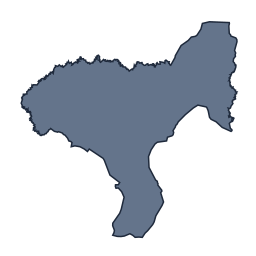 Phang Khon, Sakon Nakhon, Thailand, rotated 2°
{"feature_id": "78962969B14140185659984", "entity_name": "Phang Khon", "entity_type": "district", "adm_level": 2, "iso_a3": "THA", "parent_name": "Thailand", "parent_adm1": "Sakon Nakhon", "projection": "albers", "projection_center": [103.735, 17.372], "detail": "fine", "context": "isolated", "style": "filled", "palette": "slate", "viewbox_px": 256, "rotation_deg": 2, "n_neighbors": 0, "source": "geoboundaries", "source_scale": "gbopen_adm2", "svg_char_len": 5636}
<svg xmlns="http://www.w3.org/2000/svg" viewBox="0 0 256 256"><g transform="rotate(2 128 128)"><path d="M233.9,38.0L233.7,35.9L232.6,34.2L227.6,32.5L227.3,31.4L225.9,29.9L225.2,22.4L225.7,20.1L225.5,19.1L205.7,19.0L198.7,20.9L197.4,26.7L193.8,32.7L192.2,34.0L188.1,34.9L185.2,38.4L178.2,43.7L172.8,54.0L172.5,56.0L168.5,63.8L167.6,63.3L167.2,62.3L166.5,61.9L166.9,60.4L165.8,60.5L163.6,58.8L162.7,59.4L162.5,62.0L161.1,61.2L157.6,60.7L158.0,63.0L156.6,63.2L155.6,62.8L154.8,61.7L154.0,62.8L154.3,63.8L153.6,64.3L152.9,66.1L152.3,65.9L152.7,64.7L151.4,64.6L151.9,63.5L151.2,62.9L150.6,63.0L150.9,63.7L149.8,64.3L148.9,63.7L146.1,64.7L145.6,63.1L144.2,63.6L143.2,64.7L142.0,64.8L139.3,62.8L140.2,61.9L137.1,62.8L136.6,61.7L135.4,61.5L134.7,61.8L134.9,62.6L134.2,63.0L134.4,63.9L133.3,64.9L133.6,66.2L132.8,66.5L132.1,65.1L131.8,67.9L130.9,68.4L130.6,69.6L129.6,69.1L127.2,71.1L126.1,69.4L125.5,69.5L124.9,68.7L124.6,69.2L123.9,68.4L123.4,67.2L120.7,67.0L120.8,66.0L120.1,65.1L119.7,65.2L119.7,66.1L118.7,66.3L119.1,65.5L118.1,65.6L117.7,65.1L118.5,63.8L118.1,62.9L117.7,62.8L116.7,63.6L116.6,61.7L115.6,61.6L116.1,60.9L115.2,60.0L114.0,60.0L113.5,60.6L112.5,59.8L110.9,61.0L110.5,62.2L109.6,61.8L108.6,62.5L108.1,61.3L107.1,61.3L106.7,62.3L105.4,61.1L104.7,61.2L104.7,62.1L103.7,62.1L102.6,61.7L102.8,60.7L101.6,61.0L101.2,60.4L98.3,63.3L97.5,62.6L97.4,61.6L96.5,61.2L97.6,60.9L96.7,58.8L97.2,58.0L96.0,56.3L94.6,56.8L94.8,57.5L94.1,58.0L94.6,58.5L94.6,59.9L94.1,60.0L94.4,59.5L93.5,59.0L93.9,60.2L92.2,60.4L92.1,61.0L92.7,60.9L92.6,62.0L92.1,61.9L91.0,63.7L90.4,63.6L90.6,64.2L88.1,64.6L88.0,65.2L87.4,65.3L86.7,63.9L85.4,64.6L84.9,63.7L83.6,63.3L83.3,61.7L81.8,61.7L81.0,60.3L78.8,60.7L78.7,58.9L77.8,58.6L77.5,59.3L78.2,60.9L77.1,60.6L74.8,61.6L75.0,62.6L75.5,61.7L76.0,61.6L76.0,62.4L76.8,62.8L76.3,62.9L75.4,64.8L73.5,63.8L73.2,64.4L72.1,64.4L70.6,66.5L69.7,67.0L70.1,65.8L69.1,65.0L69.0,64.3L67.1,65.4L66.2,63.5L66.0,64.4L64.9,64.4L64.8,65.3L63.8,66.0L65.1,66.6L64.4,66.5L61.1,69.6L60.4,69.1L60.7,68.5L60.2,67.9L59.0,68.9L57.1,67.3L55.7,68.9L53.3,68.2L53.4,69.8L52.6,70.1L51.7,72.2L51.7,73.5L51.1,74.0L52.2,74.3L51.2,74.5L51.3,76.0L50.3,75.1L48.7,75.0L48.9,75.8L48.1,76.0L48.3,76.8L47.3,76.6L46.7,78.3L45.9,78.9L45.3,78.6L45.6,79.3L44.7,79.3L44.6,78.5L44.0,78.8L43.8,79.7L44.2,80.6L42.8,80.3L43.4,82.2L42.4,82.5L42.1,81.5L40.4,81.6L39.6,82.1L39.3,82.8L39.6,83.6L38.9,84.1L38.5,83.3L38.0,83.9L37.4,83.6L36.8,84.5L37.5,84.7L37.4,85.5L35.6,88.1L32.0,88.1L31.4,88.9L30.6,88.3L30.4,90.1L30.8,90.8L28.9,91.4L29.5,92.7L28.3,93.4L27.4,93.0L26.6,94.6L25.6,95.3L25.8,97.5L24.1,97.7L23.6,98.6L22.9,97.8L22.2,97.9L22.2,99.4L20.8,101.2L21.4,101.8L20.9,102.5L21.5,103.1L20.4,106.9L21.4,108.9L21.4,110.9L23.0,112.0L23.2,111.4L22.5,110.3L23.9,110.7L23.7,111.5L25.1,113.4L25.9,112.6L26.5,113.7L27.3,112.5L27.4,114.6L26.3,114.8L26.2,115.4L27.5,115.8L28.0,114.6L29.1,116.0L29.3,115.1L29.8,115.0L30.2,116.0L29.3,116.3L30.1,117.0L29.9,118.4L30.9,118.6L31.2,119.9L30.4,120.5L30.7,121.4L30.0,121.2L29.4,122.2L30.2,122.5L29.8,123.7L31.4,123.6L31.0,124.2L31.3,125.0L32.0,125.2L31.9,125.8L32.7,126.4L33.1,126.2L33.4,127.1L34.7,128.0L33.7,128.9L35.0,129.8L35.0,131.3L34.3,131.4L34.3,130.8L33.6,131.0L33.5,133.1L34.0,132.8L34.7,134.1L35.5,133.6L35.3,134.3L36.0,134.2L36.7,135.0L37.1,134.6L37.6,134.9L37.6,134.4L38.8,134.4L38.8,135.6L38.0,136.6L38.6,137.0L39.7,136.5L40.5,138.4L41.7,138.5L42.3,138.2L42.4,137.6L44.3,137.8L45.5,136.5L46.4,136.5L47.2,135.1L48.2,134.4L48.8,132.7L50.0,132.2L50.7,131.2L54.5,133.9L57.9,134.6L58.5,134.1L60.1,134.5L62.7,135.4L63.7,136.7L65.3,137.3L68.0,140.3L69.3,143.0L71.3,143.5L72.5,144.5L71.9,148.7L75.5,147.7L80.7,148.4L85.0,150.5L88.3,152.9L90.0,150.4L104.2,159.2L105.5,161.2L111.6,175.7L121.6,182.8L120.3,185.0L117.5,185.2L117.4,186.9L118.1,188.6L120.4,188.3L123.9,191.9L126.5,197.3L124.1,209.4L122.7,213.5L116.1,223.7L116.1,226.2L118.0,230.7L117.7,232.9L116.5,235.7L121.0,236.7L124.8,236.7L128.1,236.1L133.6,233.6L136.6,235.1L138.9,237.0L142.7,236.6L146.1,236.8L148.7,232.5L151.2,230.0L156.1,223.6L157.4,220.9L158.9,214.8L164.7,204.3L166.1,200.7L162.9,191.5L164.0,190.1L163.9,189.0L159.8,184.0L159.9,182.4L159.4,181.9L159.1,180.2L157.4,179.0L150.4,166.7L149.5,155.8L151.9,149.0L155.5,143.1L157.8,141.2L167.0,139.6L167.8,135.8L172.2,134.3L173.3,133.2L173.8,130.8L173.1,129.1L175.3,125.3L175.6,123.7L176.7,122.8L178.0,120.1L184.8,112.7L192.7,105.6L197.0,102.7L205.3,104.2L206.0,104.7L207.5,107.9L209.1,114.5L210.7,116.4L215.8,118.7L222.1,124.1L231.1,127.8L232.0,127.0L231.8,125.9L230.3,124.8L229.1,119.9L230.1,118.7L231.3,118.1L231.5,116.9L232.3,117.5L233.5,114.5L232.6,114.0L231.6,115.0L231.5,113.8L229.9,113.0L228.5,113.8L228.2,112.6L229.4,112.9L229.7,112.4L228.9,111.3L229.6,110.2L228.9,109.6L229.2,109.0L228.6,108.9L228.5,107.8L227.7,106.7L228.1,105.7L227.5,104.7L228.9,105.0L229.7,104.4L230.2,102.5L232.0,99.9L231.2,98.3L231.4,97.2L231.9,97.1L231.9,96.5L232.8,95.7L233.3,95.9L234.4,95.2L234.1,94.4L233.0,93.8L233.3,93.4L234.1,93.8L233.9,93.0L234.4,92.4L233.9,91.9L233.8,90.7L235.3,89.9L235.2,88.8L235.6,88.2L234.2,88.1L234.1,86.4L233.4,86.4L231.8,84.4L231.0,84.5L231.3,83.5L230.6,83.8L230.6,83.4L229.0,83.0L228.8,82.5L229.3,82.6L229.4,82.0L228.5,81.2L228.3,79.8L228.6,78.7L228.1,78.5L227.9,76.9L227.4,77.0L227.9,76.4L227.5,75.6L228.1,75.0L227.5,74.4L228.2,74.1L228.3,72.9L228.8,72.6L228.9,71.4L228.6,71.2L229.4,71.1L229.3,70.5L229.8,69.2L230.7,69.1L231.1,68.2L231.7,68.5L232.3,67.9L232.3,66.8L233.0,66.1L232.8,65.5L233.5,64.1L233.7,62.0L233.1,61.8L233.4,61.1L232.8,60.9L232.1,59.3L230.8,58.0L231.1,55.1L232.9,52.6L232.5,51.1L233.0,49.3L231.8,46.9L233.9,38.0Z" fill="#64748b" stroke="#1e293b" stroke-width="1.5"/></g></svg>